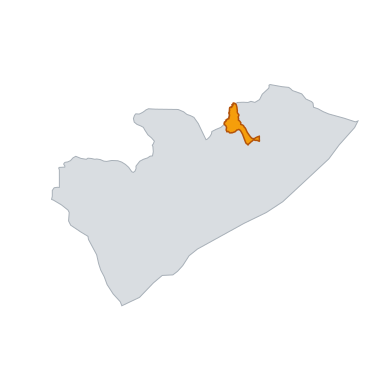 location of Cavala, Grand Gedeh, Liberia, rotated 289°
{"feature_id": "62588387B63271162227743", "entity_name": "Cavala", "entity_type": "district", "adm_level": 2, "iso_a3": "LBR", "parent_name": "Liberia", "parent_adm1": "Grand Gedeh", "projection": "mercator", "projection_center": [-8.18, 6.013], "detail": "fine", "context": "in_parent", "style": "filled", "palette": "amber", "viewbox_px": 384, "rotation_deg": 289, "n_neighbors": 0, "source": "geoboundaries", "source_scale": "gbopen_adm2", "svg_char_len": 4462}
<svg xmlns="http://www.w3.org/2000/svg" viewBox="0 0 384 384"><g transform="rotate(289 192 192)"><path d="M61.6,162.7L64.9,159.9L69.9,150.7L76.8,141.9L83.3,136.6L88.4,131.2L93.8,127.1L101.6,122.3L113.4,109.6L116.2,108.1L118.1,99.4L121.1,88.1L124.5,84.7L132.6,82.6L134.5,80.7L137.3,72.8L139.2,63.6L139.3,61.6L142.5,61.3L148.0,59.4L151.1,60.3L152.5,62.9L153.2,65.1L169.7,59.4L171.2,58.2L172.0,58.4L174.1,63.6L175.3,63.3L176.3,61.8L177.4,61.6L178.7,62.3L180.0,64.7L182.1,66.9L185.6,68.4L187.9,70.5L187.6,76.0L188.5,81.4L190.1,82.6L190.9,85.9L191.3,89.4L192.2,91.2L192.8,94.8L192.5,98.6L193.1,101.3L195.7,105.9L197.4,111.7L197.4,115.8L196.4,120.1L194.7,124.1L191.6,128.4L191.4,130.1L193.2,131.3L195.9,131.5L198.2,130.6L204.1,132.6L207.1,135.4L209.8,138.9L212.2,140.7L213.3,142.9L217.5,142.3L222.3,140.2L223.3,139.2L224.7,139.7L227.8,139.9L230.0,136.1L231.7,131.7L235.5,126.9L237.3,125.0L237.8,122.0L238.0,118.0L239.3,114.6L242.4,112.7L245.7,112.7L247.6,113.4L248.5,116.7L251.1,119.3L253.4,121.0L254.6,121.7L256.5,123.7L258.4,130.4L265.5,152.0L265.1,158.0L263.7,161.9L263.7,165.7L263.2,169.5L258.8,175.6L246.0,188.2L247.0,189.3L250.0,190.8L253.2,191.5L255.7,191.1L259.0,194.3L262.4,198.2L266.1,200.3L271.4,202.1L276.0,202.3L279.9,201.6L285.5,202.4L291.4,205.7L293.5,211.1L294.9,215.8L296.9,218.2L297.2,222.3L301.4,225.8L307.4,226.6L315.2,230.8L317.1,230.5L318.0,230.0L319.0,230.8L320.9,242.9L322.4,249.4L321.6,251.9L320.6,254.0L320.5,263.8L317.0,269.4L316.4,275.6L315.4,277.5L311.7,279.3L311.7,284.1L310.7,289.8L310.3,295.8L311.3,311.7L311.5,323.6L313.2,325.8L305.9,324.8L284.4,315.8L267.9,310.6L212.4,281.0L197.0,269.1L179.3,251.4L139.8,215.7L130.8,210.0L119.4,207.2L112.4,204.2L107.4,200.9L103.4,191.0L93.5,185.1L75.3,176.7L61.6,162.7Z" fill="#d9dde1" stroke="#a8b0b8" stroke-width="1"/><path d="M266.6,237.5L266.0,236.6L265.0,235.5L264.0,234.5L263.2,233.9L262.8,233.6L262.4,232.4L262.3,231.0L263.3,229.1L265.0,226.7L266.2,225.1L266.7,224.5L266.8,224.4L267.9,223.4L269.4,222.0L269.6,221.7L270.0,221.2L270.2,220.8L270.3,220.4L270.9,219.7L271.4,219.2L271.8,218.1L271.8,217.2L271.8,216.1L272.0,216.1L272.7,215.7L273.4,215.6L273.8,215.1L274.0,214.8L274.1,214.7L274.7,213.7L274.8,213.6L275.0,212.6L275.7,212.3L276.3,212.3L276.8,211.9L277.8,211.4L278.1,211.2L278.6,211.3L279.0,211.3L279.5,211.4L280.2,211.2L280.7,210.7L281.1,209.7L282.1,208.9L282.5,208.7L282.9,208.5L283.0,208.5L283.9,208.3L284.9,207.7L285.1,207.6L286.1,207.2L287.0,206.7L287.6,206.3L288.2,205.9L289.0,205.3L289.3,204.7L289.8,203.8L289.8,203.3L289.6,203.1L289.6,202.8L289.6,202.4L289.6,202.1L289.4,202.0L289.3,202.3L289.1,202.5L288.9,202.8L288.6,202.6L288.4,202.3L287.7,201.5L287.5,201.8L287.3,202.2L287.0,202.5L286.9,202.5L286.6,202.3L286.3,201.9L286.1,201.6L285.9,201.5L285.9,201.8L285.7,201.9L285.6,201.7L285.4,201.4L285.2,201.5L284.9,201.8L284.7,201.7L284.6,201.1L284.6,200.8L284.4,200.5L284.2,200.2L283.9,200.2L283.5,200.2L283.2,200.3L282.8,200.4L282.3,200.6L282.0,200.6L281.5,200.7L281.4,200.9L281.2,201.1L280.9,201.1L280.6,201.0L280.2,201.0L279.7,201.3L279.4,201.5L279.2,201.5L278.9,201.3L278.8,201.1L278.6,201.2L278.3,201.3L278.2,201.6L278.0,201.9L277.8,202.1L277.4,202.0L277.2,202.1L276.9,202.2L276.7,202.5L276.0,202.7L275.5,202.6L275.4,202.6L275.2,202.7L274.9,202.8L274.6,202.7L274.3,202.7L274.0,202.6L273.9,202.7L273.8,202.9L273.7,202.9L273.2,202.9L273.1,202.7L273.1,202.4L272.8,202.1L272.5,202.0L272.4,201.9L272.3,201.6L272.2,201.4L271.9,201.3L271.7,201.3L271.6,201.2L271.4,201.1L271.2,201.2L270.9,201.2L270.8,200.8L270.7,200.9L270.6,201.1L270.3,201.1L270.0,201.0L269.9,200.9L269.6,200.7L269.0,200.2L268.9,200.1L268.7,200.0L268.4,200.3L268.1,200.1L267.8,200.0L267.7,200.1L267.4,200.3L266.9,200.1L266.7,200.2L266.2,201.0L265.7,202.3L265.4,202.7L265.0,203.1L263.9,203.8L262.6,203.9L261.6,204.2L261.0,204.9L260.5,205.2L260.3,205.5L260.7,206.0L261.0,206.5L260.8,207.3L260.2,208.2L260.4,209.2L261.0,210.1L260.9,210.5L262.5,212.5L263.2,213.3L265.1,214.1L265.7,215.1L266.4,215.9L266.2,217.0L265.5,218.3L263.1,221.0L259.8,223.7L256.3,226.6L256.0,226.9L255.5,227.6L255.4,228.2L255.2,228.8L254.8,229.6L255.5,229.8L256.1,230.1L256.6,230.4L257.2,230.8L258.1,231.2L258.8,231.6L259.6,232.2L260.3,232.6L260.7,232.7L260.9,232.9L261.1,233.1L261.2,233.3L261.3,233.4L261.4,233.8L261.4,234.5L261.5,235.3L261.8,236.2L262.0,236.5L262.0,237.1L262.0,237.5L261.9,238.0L261.9,239.0L261.8,239.7L262.0,239.2L262.8,238.9L264.0,238.4L266.4,237.6L266.6,237.5Z" fill="#f59e0b" stroke="#b45309" stroke-width="1.5"/></g></svg>